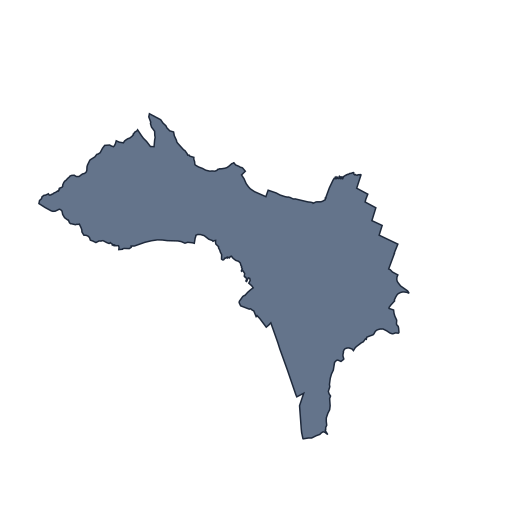 outline of Tibucani, Neamt, Romania, rotated 50°
{"feature_id": "2599482B37901869197091", "entity_name": "Tibucani", "entity_type": "district", "adm_level": 2, "iso_a3": "ROU", "parent_name": "Romania", "parent_adm1": "Neamt", "projection": "equal_earth", "projection_center": [26.549, 47.112], "detail": "fine", "context": "isolated", "style": "filled", "palette": "slate", "viewbox_px": 512, "rotation_deg": 50, "n_neighbors": 0, "source": "geoboundaries", "source_scale": "gbopen_adm2", "svg_char_len": 6069}
<svg xmlns="http://www.w3.org/2000/svg" viewBox="0 0 512 512"><g transform="rotate(50 256 256)"><path d="M363.7,305.3L387.8,314.6L390.1,315.3L391.8,307.7L398.7,318.9L417.7,332.6L420.7,334.6L426.0,337.4L426.4,337.4L429.0,333.0L431.2,330.3L432.4,325.3L433.7,321.8L433.5,319.6L433.8,317.5L435.5,316.5L438.9,315.8L434.4,315.2L434.0,314.5L433.8,314.6L433.4,313.9L432.1,312.8L431.1,310.6L427.9,308.5L425.2,306.2L422.6,301.9L421.1,298.4L418.4,295.5L412.5,291.2L411.2,288.9L408.5,288.6L406.2,287.6L403.6,283.5L401.6,282.3L397.4,277.7L394.9,274.0L393.1,270.1L388.0,264.2L387.7,261.5L388.0,260.6L388.9,259.9L391.4,258.7L391.5,255.3L391.3,254.9L388.5,253.7L387.2,252.5L385.9,250.8L385.4,250.6L384.5,248.9L384.3,247.9L384.3,247.2L385.0,245.4L386.1,243.9L389.0,242.2L391.1,242.2L390.1,239.2L389.9,237.4L390.2,231.0L390.7,229.0L389.8,225.4L390.7,225.0L389.4,223.4L390.1,221.1L391.6,217.0L391.5,215.9L390.4,213.0L390.4,211.3L390.8,209.9L391.7,207.9L393.6,205.6L397.3,204.0L401.1,202.9L403.1,201.7L403.7,200.9L404.6,198.5L406.6,196.6L406.6,196.1L406.3,195.5L402.9,193.1L401.3,192.3L399.0,192.4L398.0,191.8L396.0,189.8L395.4,189.4L391.3,188.3L388.6,187.1L385.8,185.3L381.7,187.8L380.9,187.1L380.2,184.0L379.5,178.7L378.6,178.3L377.1,175.0L376.3,172.5L376.3,171.1L376.9,168.6L377.8,166.8L378.6,165.8L380.7,163.9L382.5,162.9L382.4,162.6L380.4,162.3L379.4,162.5L371.9,164.5L367.2,164.3L365.9,164.0L364.4,163.2L362.7,161.5L361.7,159.5L355.9,161.8L352.7,162.0L351.2,162.7L343.0,148.3L342.8,148.4L341.8,146.7L338.1,139.7L319.2,148.3L313.7,139.7L303.4,144.5L296.1,133.2L284.8,137.7L283.1,135.4L280.5,130.6L268.8,135.3L261.4,123.5L261.1,123.4L260.6,123.8L260.3,124.8L259.9,124.8L259.3,125.7L259.3,126.6L258.1,127.4L257.5,127.5L257.3,128.2L256.3,128.4L255.8,128.2L255.1,127.6L254.7,127.7L254.1,128.9L254.2,129.4L253.0,131.2L252.8,132.9L252.3,133.3L252.2,134.0L252.0,134.3L252.1,134.9L251.7,135.5L251.6,137.3L251.3,138.1L251.9,138.5L252.5,139.9L251.7,140.0L250.6,139.5L250.0,140.0L249.9,140.2L250.5,140.3L251.3,141.1L251.4,141.3L251.0,141.6L250.2,141.6L249.3,140.8L248.5,140.8L248.5,141.1L249.8,142.3L249.9,142.8L249.0,143.5L248.1,143.0L247.6,143.2L248.5,143.9L248.5,144.4L248.1,145.2L247.7,145.2L247.2,144.6L246.6,144.6L247.1,145.6L247.1,146.1L246.8,146.3L247.4,148.2L251.0,156.1L256.0,164.8L256.5,165.1L257.1,165.0L256.2,165.7L257.4,166.8L256.8,170.0L256.1,171.6L253.2,175.1L252.4,178.2L252.1,178.0L250.1,179.4L247.9,181.5L237.4,189.3L236.7,190.4L235.5,191.2L233.2,192.2L231.4,193.5L231.1,194.1L229.2,195.6L224.7,198.4L220.7,200.0L213.4,204.4L216.9,210.3L205.7,215.8L200.8,217.2L198.1,217.3L194.2,217.0L189.1,215.5L184.6,215.0L184.2,209.7L180.1,209.7L179.3,209.9L178.0,210.9L176.2,211.5L173.1,213.1L170.3,213.0L170.2,213.2L170.3,213.7L169.7,215.2L169.8,219.1L169.6,221.3L168.9,223.2L166.8,226.7L165.6,228.1L165.6,228.8L165.0,229.7L165.3,230.8L164.6,233.0L162.6,235.0L161.4,236.8L157.9,239.4L154.5,240.7L150.8,242.8L147.4,244.0L146.6,244.0L144.3,242.4L141.8,241.4L140.5,240.2L137.0,242.5L135.7,242.4L134.8,243.5L133.4,243.0L129.6,242.7L128.0,243.2L118.9,243.5L117.5,243.3L116.3,242.6L111.4,241.3L108.0,239.4L104.7,241.6L100.5,241.9L98.4,241.3L94.3,241.8L90.4,241.4L78.5,246.2L80.5,248.7L85.8,250.6L86.8,251.8L90.1,253.2L95.3,253.5L98.5,256.0L100.3,257.0L102.1,259.2L106.7,263.8L104.3,266.5L97.9,266.2L93.4,266.6L90.4,266.4L83.2,265.6L83.6,266.8L83.2,269.3L83.7,270.9L83.7,271.8L84.4,272.1L84.6,274.3L84.5,276.9L83.8,278.6L83.5,280.6L83.4,282.8L84.1,284.8L81.0,287.5L77.9,289.0L79.6,291.5L80.5,293.6L80.7,294.9L79.0,296.0L76.9,296.8L74.0,300.8L74.8,304.3L76.7,309.0L76.4,311.3L75.8,312.7L76.5,315.7L75.8,320.8L75.8,321.7L78.0,326.6L79.0,328.1L81.6,330.5L82.4,331.8L82.6,332.7L82.5,334.4L81.6,336.2L81.4,339.1L81.5,340.0L81.3,340.5L79.9,342.3L79.1,342.8L77.3,343.3L75.7,345.5L75.2,347.3L75.5,348.1L75.5,350.4L75.9,353.1L75.7,354.2L76.1,355.9L77.3,358.3L78.5,359.5L78.6,360.5L78.2,361.6L78.3,361.8L77.7,363.0L78.2,364.0L78.5,364.2L78.8,364.1L78.9,364.9L79.3,365.6L79.2,366.0L78.7,366.1L78.4,368.9L77.9,370.0L77.9,371.3L77.6,372.7L77.3,373.1L77.4,373.7L76.8,374.9L76.4,375.2L74.8,375.1L74.7,376.0L74.2,377.4L74.2,378.0L73.2,379.4L73.1,381.9L73.9,382.9L74.3,383.9L74.3,386.1L76.3,388.6L83.3,386.4L89.9,383.8L91.2,382.9L92.6,381.0L93.6,377.0L94.0,376.3L95.6,375.8L96.4,375.7L97.4,376.0L99.9,377.4L103.6,378.0L107.4,377.1L107.5,376.8L108.1,376.7L110.6,377.5L112.1,377.3L112.6,376.7L116.0,374.2L116.5,372.9L117.5,371.9L118.0,370.8L122.1,371.9L124.1,372.7L125.7,373.9L129.4,374.5L131.0,372.8L132.8,371.9L134.8,371.7L137.4,372.7L139.6,371.4L142.8,370.0L143.6,366.5L145.0,365.1L145.1,364.5L145.9,363.3L149.8,361.7L152.0,360.5L152.2,358.9L153.0,359.0L154.3,358.5L155.3,359.0L155.4,358.3L156.3,357.5L156.4,358.2L156.8,358.2L159.7,354.7L161.4,355.4L162.9,357.0L165.0,354.0L164.8,353.6L165.4,352.2L168.9,348.3L169.1,345.9L168.1,345.3L170.2,342.7L174.1,332.3L177.1,326.3L180.3,321.1L183.6,317.4L187.2,314.1L194.2,306.2L196.9,304.0L200.5,302.2L201.6,299.5L205.0,296.2L206.6,295.1L203.1,291.0L202.4,289.7L201.5,288.8L202.0,286.9L203.9,284.7L207.1,282.6L212.8,281.4L216.1,279.5L217.1,279.5L217.4,278.2L218.1,276.9L219.6,278.3L221.1,279.1L224.8,278.7L225.7,279.5L228.2,280.0L230.0,280.8L232.8,281.4L236.2,284.4L237.5,284.1L238.0,283.5L238.1,282.9L237.6,281.3L238.0,281.0L238.1,280.2L238.4,280.0L238.3,279.0L239.2,279.0L239.0,278.2L240.3,277.7L239.9,276.0L240.2,275.6L240.2,275.1L240.5,274.9L242.3,275.1L244.3,274.8L246.4,274.3L248.8,272.8L251.2,272.5L253.8,273.7L254.6,273.6L255.5,274.5L257.2,274.8L257.5,276.0L258.0,276.8L258.5,276.8L258.4,276.1L259.0,275.5L262.1,275.9L263.9,278.0L265.2,278.0L265.3,277.6L265.7,277.5L266.1,277.7L266.9,277.8L267.9,278.3L268.4,279.1L268.6,279.8L268.9,279.8L269.5,279.6L267.8,276.0L269.1,275.2L270.9,276.1L272.2,279.0L276.1,278.4L278.6,278.6L278.4,281.5L278.5,285.8L279.1,289.8L278.8,290.1L278.5,292.1L280.0,297.9L280.9,298.9L284.3,299.8L292.4,295.3L292.7,294.3L293.0,294.1L294.9,293.7L296.7,293.0L302.6,294.9L302.7,294.1L301.5,293.6L306.2,293.3L317.1,293.9L317.1,290.6L316.7,287.6L336.2,294.9L342.5,297.5L363.7,305.3Z" fill="#64748b" stroke="#1e293b" stroke-width="1.5"/></g></svg>